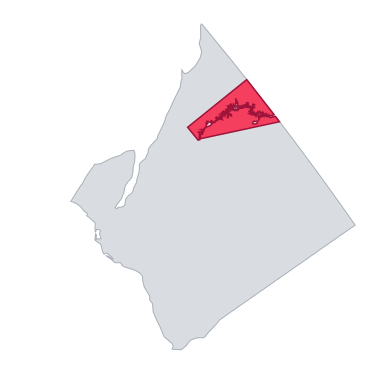 Zemam Out, Al Wadi at Jadid, Egypt (highlighted), rotated 232°
{"feature_id": "37247803B74353300773864", "entity_name": "Zemam Out", "entity_type": "district", "adm_level": 2, "iso_a3": "EGY", "parent_name": "Egypt", "parent_adm1": "Al Wadi at Jadid", "projection": "albers", "projection_center": [32.566, 23.653], "detail": "fine", "context": "in_parent", "style": "filled", "palette": "rose", "viewbox_px": 384, "rotation_deg": 232, "n_neighbors": 0, "source": "geoboundaries", "source_scale": "gbopen_adm2", "svg_char_len": 9108}
<svg xmlns="http://www.w3.org/2000/svg" viewBox="0 0 384 384"><g transform="rotate(232 192 192)"><path d="M318.5,303.1L311.6,303.3L304.6,303.5L297.6,303.6L290.6,303.8L283.6,303.9L276.6,304.1L269.7,304.2L262.7,304.3L255.7,304.3L248.7,304.4L241.7,304.4L234.7,304.5L227.7,304.5L220.8,304.5L213.8,304.4L206.8,304.4L202.8,304.4L203.5,302.3L203.9,300.9L203.5,299.9L202.1,299.6L201.2,299.9L199.1,304.2L198.0,304.4L195.5,304.3L187.4,304.2L179.3,304.1L171.1,304.0L163.0,303.8L154.9,303.6L146.7,303.4L138.6,303.2L130.5,303.0L122.3,302.7L114.2,302.4L106.1,302.1L98.0,301.7L89.8,301.4L81.7,301.0L73.6,300.6L65.5,300.2L65.7,295.0L66.0,289.9L66.3,284.7L66.6,279.6L66.8,274.5L67.1,269.3L67.4,264.2L67.7,259.0L67.9,253.9L68.2,248.7L68.5,243.6L68.7,238.4L69.0,233.3L69.3,228.1L69.6,223.0L69.8,217.8L70.1,212.7L70.4,207.5L70.7,202.4L70.9,197.2L71.2,192.1L71.5,187.0L71.8,181.8L72.0,176.7L72.3,171.5L72.6,166.4L72.8,161.3L73.1,156.1L73.4,151.0L73.7,145.9L73.9,140.8L74.2,135.6L74.1,134.7L73.2,131.1L72.4,126.7L71.6,121.2L71.5,119.4L70.0,113.7L69.9,112.1L70.4,111.0L73.7,106.5L74.7,104.2L75.6,101.5L76.0,99.3L75.3,95.8L74.4,92.7L74.3,89.6L74.3,86.5L75.9,84.5L77.9,82.6L78.6,81.4L79.8,80.1L80.6,79.5L81.9,82.4L85.0,83.0L95.2,81.0L106.2,84.0L112.3,85.2L121.7,87.7L127.3,91.6L128.9,92.2L133.1,92.2L135.7,94.5L146.5,95.9L152.3,98.5L155.5,100.6L157.5,101.2L159.2,101.2L161.6,100.5L164.6,99.2L167.9,97.3L174.7,92.6L177.1,91.7L178.6,92.0L180.5,92.0L181.3,90.6L182.3,89.7L182.9,88.7L184.0,87.5L187.4,87.2L194.4,85.1L193.7,86.1L187.3,88.5L190.0,88.8L192.8,88.0L196.0,87.5L196.5,86.5L197.0,84.6L197.6,84.3L199.8,84.7L206.3,87.7L207.9,87.8L212.5,86.2L213.5,85.9L215.0,86.8L218.4,90.4L217.2,90.4L213.6,87.2L213.2,88.8L211.2,91.5L213.7,92.7L215.8,93.2L217.0,94.7L217.7,96.1L219.8,95.5L221.3,93.6L220.5,92.6L220.0,91.5L220.6,91.5L222.1,92.4L226.2,95.9L227.6,96.7L229.2,96.5L232.6,95.5L233.5,95.7L238.1,94.4L238.6,95.3L239.4,96.3L243.0,95.2L248.7,95.2L253.4,94.0L258.8,91.1L259.2,90.7L259.5,91.4L260.2,93.3L261.9,98.1L263.4,101.9L265.2,107.2L265.8,109.2L266.0,110.6L268.7,116.3L270.3,121.1L271.5,124.9L273.1,130.6L273.9,132.6L272.8,133.6L270.6,137.3L268.3,149.1L265.0,158.3L264.7,164.0L264.2,166.1L262.5,169.0L260.6,171.9L257.0,170.5L251.2,165.5L247.7,160.8L244.1,157.7L240.7,153.7L239.7,150.8L239.8,148.9L238.3,144.3L237.2,142.2L233.0,137.3L231.8,134.7L230.9,133.6L230.0,131.9L228.5,125.6L226.9,121.6L225.0,122.7L225.4,124.4L223.7,126.7L222.8,129.4L223.5,131.6L226.9,135.0L227.6,136.5L228.3,139.7L228.2,144.0L228.8,145.5L231.3,148.7L232.2,150.6L232.8,152.3L233.6,153.8L236.1,156.6L239.8,161.9L243.3,165.5L245.8,167.2L246.8,169.0L247.1,173.5L246.9,175.6L249.2,179.7L250.0,181.7L252.2,183.4L253.1,185.3L254.1,188.4L255.5,197.5L257.4,199.8L263.3,211.8L268.3,219.4L270.7,225.0L274.4,231.9L281.8,247.1L286.1,251.7L287.9,254.3L291.0,256.3L294.4,259.1L291.2,258.9L290.4,259.1L289.3,259.6L288.8,261.4L288.6,262.9L289.1,270.6L290.1,274.5L293.1,281.9L295.2,284.1L296.3,285.5L297.8,286.6L304.5,289.0L308.6,294.2L317.6,300.8L318.5,302.6L318.5,303.1Z" fill="#d9dde1" stroke="#a8b0b8" stroke-width="1"/><path d="M233.5,237.3L234.5,240.3L234.9,243.7L237.1,245.2L236.2,245.8L236.2,246.5L238.3,246.6L238.6,247.3L237.7,248.2L236.8,248.2L235.6,249.5L234.7,249.6L233.4,254.4L234.4,256.8L233.9,258.0L234.2,259.0L233.6,259.1L234.0,259.1L234.2,259.3L233.6,259.5L234.6,259.8L233.6,259.7L234.0,260.0L233.3,260.3L233.9,260.3L233.7,260.9L234.2,260.8L234.6,260.9L233.9,260.9L234.7,261.5L233.7,261.1L234.4,262.5L234.6,262.4L234.8,262.5L234.4,262.6L234.9,264.1L236.0,263.6L236.2,264.4L235.6,264.1L235.2,264.7L235.9,265.3L235.5,265.5L236.1,266.1L235.6,266.4L235.9,266.7L235.2,266.8L235.9,267.3L234.4,266.2L234.5,267.1L234.0,266.9L233.9,268.2L234.5,268.9L235.1,268.4L234.7,268.9L235.5,269.1L234.7,269.4L236.5,270.2L234.6,269.9L234.4,269.4L234.0,270.0L235.1,270.7L234.1,270.6L234.4,271.4L235.0,271.1L234.5,271.6L234.8,271.8L236.2,270.9L235.4,271.6L235.6,272.0L234.9,272.0L235.2,272.8L236.0,272.1L236.5,273.1L236.9,272.6L237.8,272.9L237.0,273.3L235.3,273.1L235.4,273.8L236.9,273.7L237.7,274.6L237.0,274.2L237.2,274.7L237.1,275.0L236.9,274.0L236.5,274.0L236.9,275.0L236.4,274.6L236.0,275.0L237.0,276.1L236.9,276.9L236.5,276.4L235.3,276.6L235.2,275.5L233.8,276.1L234.4,276.2L235.4,278.6L233.0,277.5L232.7,277.8L233.5,279.5L233.1,279.8L233.8,279.8L235.1,281.3L234.3,281.6L234.3,282.1L234.8,281.7L234.7,282.5L236.2,282.4L236.3,283.0L238.3,283.4L238.7,284.3L237.9,283.5L236.9,283.7L234.7,282.7L234.6,283.7L234.5,283.1L231.7,281.2L231.5,279.8L231.3,280.3L231.0,280.0L230.5,280.3L230.8,281.6L230.2,281.7L230.6,282.0L229.8,283.4L229.9,282.8L229.2,282.4L229.6,283.6L228.8,283.5L229.0,283.4L228.9,283.1L228.1,283.5L228.5,284.2L228.0,283.5L227.7,283.9L227.6,285.0L229.1,285.6L228.7,286.1L227.7,285.2L227.6,287.0L227.3,286.6L227.0,287.1L227.6,287.2L227.4,287.6L227.9,287.5L227.9,287.9L228.1,287.7L228.7,287.8L227.8,287.9L227.7,287.6L227.2,287.9L227.4,287.3L226.8,287.2L226.7,288.2L226.9,288.1L227.2,288.4L227.4,288.7L227.4,288.9L226.7,288.5L226.9,288.3L226.7,288.2L226.6,287.6L226.5,287.3L226.4,287.7L226.5,288.0L226.3,287.5L225.9,288.2L226.1,287.6L224.7,288.2L225.7,289.2L226.0,290.4L225.4,289.1L224.4,288.6L224.5,289.5L224.0,289.1L223.9,290.2L223.4,290.3L223.7,291.3L223.5,290.6L222.6,291.0L222.6,290.6L221.8,290.7L222.1,291.8L221.5,292.3L222.4,292.2L222.4,292.8L222.3,292.4L221.2,292.7L221.5,292.3L221.1,291.7L220.4,292.7L220.4,291.9L219.7,291.6L220.8,291.5L220.5,291.2L221.5,290.5L220.4,290.6L220.7,290.1L219.9,290.0L220.4,289.8L220.2,289.3L219.6,289.7L220.1,288.9L219.3,289.0L219.7,288.6L218.6,287.7L217.2,287.9L217.0,288.1L217.5,288.5L217.3,288.8L216.8,288.2L216.5,289.0L216.3,288.6L215.5,288.9L216.5,289.3L216.0,289.3L216.4,290.1L216.0,290.1L215.9,289.3L215.5,289.7L215.4,289.0L214.2,290.0L214.6,290.4L214.1,290.5L215.0,291.1L214.4,290.9L214.4,291.6L213.9,290.8L213.3,291.1L214.7,293.3L213.2,292.9L213.5,293.9L213.0,293.5L212.3,294.1L212.7,295.1L211.0,294.7L211.4,295.4L210.9,295.5L211.6,296.0L211.5,296.8L210.0,295.9L210.1,296.2L209.5,296.2L210.0,297.0L209.4,297.0L209.3,296.0L208.3,296.6L208.6,297.1L207.8,296.6L207.7,297.3L207.5,296.8L206.8,297.6L208.3,298.6L208.1,299.0L206.6,298.3L205.1,299.3L205.5,300.0L204.6,299.8L202.8,302.4L202.4,304.3L246.9,304.3L245.7,228.4L229.2,228.7L228.5,230.1L229.4,230.4L233.5,234.0L234.1,235.7L233.5,237.3ZM227.6,289.1L228.7,289.7L228.4,290.7L227.5,291.2L226.3,289.8L227.6,289.1ZM222.9,293.1L223.7,294.0L222.5,295.1L221.7,294.5L222.9,293.1ZM236.0,257.6L235.1,257.6L235.3,256.2L235.8,256.2L236.0,257.6ZM236.4,251.1L235.8,251.4L235.6,250.9L236.0,250.6L236.4,251.1ZM236.4,261.2L237.0,261.5L236.4,261.4L236.4,261.2ZM235.3,234.1L234.7,234.1L235.1,233.8L235.3,234.1ZM235.8,237.4L235.5,237.9L235.3,237.6L235.8,237.4ZM234.4,234.7L234.2,235.0L234.1,234.8L234.4,234.7ZM237.4,246.0L237.5,246.3L237.3,246.2L237.4,246.0ZM228.7,231.2L228.7,231.6L193.5,304.2L200.3,304.3L202.4,299.5L204.1,298.9L205.6,297.2L206.9,296.7L207.8,295.7L207.4,295.3L208.5,295.2L208.1,293.6L208.5,293.3L208.7,294.0L209.2,294.1L209.2,293.5L209.8,293.7L209.8,292.8L210.5,293.7L211.1,293.4L211.0,292.9L210.0,292.7L209.8,292.0L209.2,292.3L207.8,289.2L210.1,290.7L210.2,291.4L211.3,291.0L211.9,291.5L212.1,291.1L211.4,290.9L212.6,290.1L212.1,289.0L213.8,289.4L214.5,289.0L214.3,288.3L214.8,288.4L215.1,287.6L216.2,287.8L216.4,286.8L216.8,287.5L217.4,286.6L218.1,286.9L218.2,285.4L218.8,285.0L218.4,286.8L219.7,287.2L220.3,286.6L221.3,289.8L222.8,290.1L223.7,288.3L225.6,287.3L225.7,286.7L226.1,287.2L226.9,286.6L227.0,283.7L226.4,283.1L227.6,283.5L227.7,282.5L228.4,282.5L228.5,281.9L227.7,281.2L228.2,281.6L228.7,281.2L228.5,280.1L229.4,280.2L228.6,279.7L229.4,279.8L229.0,279.3L229.4,279.4L229.5,278.5L228.9,278.2L229.6,278.1L229.2,277.2L230.4,277.3L229.9,276.0L230.7,276.1L231.0,275.0L231.8,275.7L231.8,274.9L232.3,274.8L232.8,275.7L232.5,274.2L233.2,274.0L233.5,274.6L234.2,274.6L233.9,273.4L232.3,272.4L233.3,271.8L232.8,271.6L233.2,271.2L233.6,271.6L234.0,271.6L233.1,270.6L233.4,270.0L232.3,270.6L233.2,269.9L232.7,269.6L233.3,269.5L231.9,269.2L231.8,270.0L231.4,269.7L231.7,268.9L231.1,268.9L230.9,269.4L230.0,269.4L229.8,270.1L229.5,270.1L229.7,269.6L229.5,269.8L229.4,270.2L228.6,270.1L228.6,270.5L227.5,269.9L230.7,268.6L229.7,268.1L229.3,267.2L229.6,266.6L230.5,267.3L230.6,268.1L231.2,267.7L232.1,268.8L232.6,268.6L232.1,267.8L233.2,267.3L232.5,266.0L233.3,266.3L233.5,265.4L233.0,265.8L231.9,264.8L233.6,265.1L233.7,264.2L233.1,264.1L233.8,264.0L233.3,263.7L233.6,263.2L232.8,263.3L233.7,263.1L233.3,262.9L233.7,262.8L233.2,261.4L232.8,261.9L232.5,261.5L232.8,261.1L232.2,261.5L232.0,260.8L231.0,260.9L232.0,260.7L232.1,260.2L232.5,261.0L233.0,260.5L232.8,256.4L233.3,255.5L232.8,252.7L233.8,251.1L233.0,247.1L234.4,243.2L234.1,240.8L232.4,237.7L232.7,236.1L232.1,235.3L232.2,233.6L231.0,233.2L228.7,231.2ZM209.8,283.9L207.6,286.9L205.9,285.6L206.6,283.7L208.1,282.0L208.9,282.1L209.8,283.9ZM231.9,237.3L231.2,235.7L230.7,235.1L231.5,235.5L231.9,237.3ZM229.0,265.7L229.2,266.1L228.3,266.1L228.3,265.9L229.0,265.7ZM232.9,258.8L232.1,259.3L232.0,259.0L232.9,258.8ZM231.7,260.3L230.6,260.4L231.4,259.8L231.7,260.3Z" fill="#f43f5e" stroke="#9f1239" stroke-width="1.5"/></g></svg>